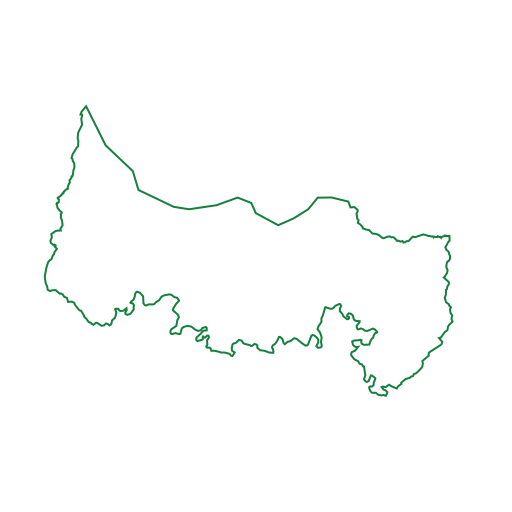 Assin North, Central, Ghana (Albers equal-area conic projection), rotated 193°
{"feature_id": "2480657B44214183650816", "entity_name": "Assin North", "entity_type": "district", "adm_level": 2, "iso_a3": "GHA", "parent_name": "Ghana", "parent_adm1": "Central", "projection": "albers", "projection_center": [-1.35, 5.826], "detail": "fine", "context": "isolated", "style": "outline", "palette": "green", "viewbox_px": 512, "rotation_deg": 193, "n_neighbors": 0, "source": "geoboundaries", "source_scale": "gbopen_adm2", "svg_char_len": 6080}
<svg xmlns="http://www.w3.org/2000/svg" viewBox="0 0 512 512"><g transform="rotate(193 256 256)"><path d="M178.3,329.8L195.6,330.0L209.0,326.7L215.6,313.3L227.9,301.0L241.3,291.0L265.8,297.7L272.5,306.6L287.0,308.8L305.9,296.6L331.7,286.5L347.2,285.4L385.4,293.9L395.1,311.0L427.4,330.0L455.2,363.7L458.4,357.5L458.8,354.4L457.4,354.7L457.0,354.0L457.1,350.4L455.0,344.8L457.0,336.2L456.3,330.6L455.1,328.6L454.0,322.9L455.1,321.2L457.6,313.6L457.8,309.9L456.7,309.3L455.9,307.4L454.1,305.6L452.9,301.8L453.2,298.3L452.6,293.9L453.1,293.0L452.9,292.2L453.6,291.9L453.6,290.0L454.8,288.0L453.9,285.5L454.7,283.7L454.9,280.6L454.4,279.1L456.1,278.1L457.4,275.6L457.8,275.5L457.7,274.3L458.4,273.7L458.1,273.3L459.4,272.1L459.3,271.3L462.3,268.1L462.0,267.4L460.8,266.8L460.3,264.1L461.0,263.1L461.8,263.1L462.1,261.6L461.3,260.9L460.3,258.3L457.1,255.8L455.2,254.9L455.0,253.9L455.7,252.8L455.0,251.4L454.9,249.6L453.0,247.0L451.4,242.6L452.7,238.4L451.9,236.9L455.7,235.9L457.0,235.1L460.4,231.3L459.1,228.3L459.7,224.6L458.9,222.6L456.0,221.2L455.0,221.7L453.6,221.3L453.5,220.4L454.1,219.8L451.6,218.2L453.2,214.5L453.2,212.4L454.0,211.1L454.6,206.9L456.0,205.5L457.1,203.4L457.6,197.8L457.2,188.4L454.9,182.4L452.5,179.1L451.3,176.2L448.7,175.5L446.6,176.9L443.5,177.7L438.8,175.1L437.6,175.6L435.7,175.1L433.6,173.0L430.8,172.7L428.8,169.0L425.2,170.1L422.6,169.5L421.7,168.0L417.6,164.6L415.7,163.3L414.1,163.3L410.0,159.1L409.6,158.0L407.4,156.9L404.2,154.0L401.7,153.7L400.9,153.0L399.0,152.4L396.9,154.9L395.9,155.1L390.6,153.3L388.4,154.3L387.0,156.5L385.4,156.5L383.1,155.4L381.7,157.0L381.7,160.9L379.7,163.7L379.3,165.6L379.4,169.5L381.2,172.3L381.2,172.9L378.2,173.6L377.2,172.3L375.7,171.9L372.9,172.9L370.4,175.9L369.8,174.2L370.7,171.5L370.1,170.2L368.2,169.7L365.4,171.3L363.1,176.4L363.8,178.8L363.8,180.6L365.4,182.1L367.6,182.0L367.9,182.4L366.9,184.3L365.5,185.8L365.0,189.2L365.3,191.4L364.8,193.5L364.0,194.4L361.0,194.2L356.9,191.3L355.0,184.5L353.3,183.2L352.0,183.0L349.5,184.8L345.7,185.6L344.4,186.2L343.0,188.6L340.4,191.1L339.1,194.7L337.3,196.6L332.2,199.0L329.8,199.2L326.4,197.6L323.3,197.5L320.9,195.2L323.3,190.9L325.0,185.3L324.7,184.4L319.3,181.5L317.3,179.1L318.2,175.8L317.9,170.0L322.0,165.6L322.5,164.0L322.2,162.2L321.4,161.2L320.4,160.9L317.1,162.8L313.3,162.6L312.2,163.2L312.0,168.8L310.5,170.6L307.2,172.4L303.1,172.7L298.6,170.5L295.6,170.0L293.1,171.2L292.1,173.7L288.9,175.6L287.8,174.8L287.3,172.4L290.0,171.6L290.9,170.8L292.4,167.8L295.3,163.6L295.7,162.3L295.1,160.5L293.9,160.0L289.5,162.4L289.1,163.1L289.7,164.9L289.5,165.7L288.1,164.9L287.2,165.2L285.7,167.4L284.9,167.7L284.3,167.6L283.5,166.1L284.7,162.6L283.5,158.8L284.1,156.5L283.1,155.7L280.4,156.3L279.6,155.8L278.2,153.6L275.4,154.3L270.0,154.4L268.6,154.0L264.7,154.9L259.7,154.7L257.7,153.2L256.5,153.2L255.1,157.2L258.1,158.4L258.9,160.8L259.0,164.6L258.0,165.9L257.2,166.0L256.0,167.0L253.8,170.3L251.0,170.4L248.9,168.4L247.6,167.8L242.1,167.8L240.6,167.2L239.6,167.5L237.8,169.9L236.0,169.9L234.7,169.4L234.1,166.9L230.9,165.1L226.3,165.6L221.5,164.9L217.4,165.6L217.4,166.5L218.5,169.2L219.6,170.0L219.9,171.4L219.3,172.9L217.9,174.3L216.3,177.8L215.4,182.3L214.4,182.6L211.7,181.2L209.5,177.4L208.1,176.5L206.0,179.4L203.4,180.8L200.2,184.5L197.7,184.4L191.5,181.3L187.5,179.8L185.8,180.6L185.4,181.6L184.1,190.8L182.9,191.8L181.2,191.6L178.6,190.3L176.5,188.5L175.9,185.9L176.9,181.7L174.8,180.5L172.6,181.4L171.9,182.1L171.7,183.2L173.4,187.1L173.7,191.5L176.4,195.9L179.5,198.4L179.5,201.0L177.4,206.6L178.2,209.8L177.4,213.6L177.1,221.4L176.6,221.8L171.8,221.3L170.1,221.7L168.9,222.6L167.5,225.3L163.8,228.1L163.0,227.9L161.8,226.4L162.4,223.8L161.9,221.1L158.9,219.0L157.3,216.9L153.0,214.9L152.0,215.2L151.3,216.3L151.5,217.3L153.6,217.8L153.8,219.0L152.6,221.0L150.6,221.1L148.2,219.8L146.7,216.7L145.6,215.7L143.6,215.3L140.3,215.8L140.2,214.8L142.2,210.8L141.8,209.2L140.6,207.5L139.8,207.5L137.5,209.0L135.4,208.8L133.1,207.7L130.5,208.1L125.7,211.6L123.7,211.2L120.8,209.2L120.9,208.6L122.3,207.8L123.2,206.0L123.6,202.6L124.5,201.5L125.4,198.4L125.7,195.2L131.0,193.7L133.3,194.3L134.1,195.8L134.2,197.7L135.2,197.9L138.4,196.5L140.9,196.0L143.1,194.4L141.6,191.4L139.7,190.0L137.3,189.8L136.1,190.4L138.2,186.0L141.0,183.9L141.3,182.2L140.8,180.6L137.0,177.5L133.0,176.5L130.7,174.3L128.3,174.2L127.0,172.6L125.9,172.6L122.6,164.2L123.1,160.3L121.4,158.7L119.8,158.2L118.1,159.4L117.2,165.5L115.9,165.5L112.3,163.9L112.1,162.6L112.8,159.2L112.4,156.4L113.7,154.8L115.4,154.7L116.1,154.0L116.1,153.0L114.2,150.1L112.1,148.8L108.6,149.7L105.6,148.3L102.3,148.4L100.5,149.3L98.1,148.9L97.3,152.1L97.5,153.0L99.4,154.2L101.7,154.5L104.1,156.5L103.1,157.3L100.1,157.4L97.5,160.5L94.5,159.5L89.1,158.6L88.3,160.9L85.6,164.0L86.0,165.1L82.5,169.8L78.6,172.0L77.9,173.2L76.0,174.4L75.7,176.4L73.8,177.6L72.2,179.7L69.1,185.1L69.2,188.7L70.3,191.1L65.3,197.7L65.9,200.2L65.6,201.0L55.9,211.0L55.3,212.1L55.1,214.2L59.2,217.2L57.5,218.2L54.9,224.4L52.8,226.7L53.0,230.5L52.2,232.5L49.7,236.3L51.4,238.6L51.4,242.2L53.7,244.3L55.0,247.9L54.5,249.9L56.4,250.9L57.3,252.4L60.4,253.7L62.7,257.8L62.3,261.1L63.3,265.8L62.5,266.7L62.7,269.1L61.8,271.9L62.2,273.9L68.2,277.3L67.4,278.3L66.0,282.6L66.1,285.2L68.1,288.1L68.5,291.1L68.3,293.4L66.8,295.0L66.4,297.0L66.9,299.8L68.3,301.3L68.5,302.5L70.0,303.9L71.9,304.9L73.5,307.0L71.6,313.4L70.8,314.5L72.1,319.2L75.0,318.2L75.5,318.1L75.7,318.6L76.8,318.4L76.9,317.8L79.2,316.5L79.7,315.3L80.6,316.2L81.4,315.6L83.3,316.2L83.9,315.1L86.4,314.9L87.1,314.1L87.5,314.8L88.4,314.8L90.2,314.4L91.4,314.7L92.5,314.2L94.1,314.6L98.0,314.6L104.9,310.3L107.7,310.0L110.7,304.9L112.8,304.2L113.8,303.0L115.3,302.3L116.6,303.5L118.6,302.5L121.1,303.0L121.8,302.4L125.5,305.0L126.6,305.2L128.2,304.6L130.0,305.2L132.3,304.3L135.7,302.0L136.9,302.0L141.1,304.1L143.9,304.5L147.6,304.1L151.8,306.8L154.5,306.5L158.2,307.0L158.8,308.3L161.9,310.4L164.2,311.2L164.1,313.9L165.8,315.2L166.8,318.3L167.6,319.5L167.0,322.6L167.3,323.7L171.1,325.8L174.9,324.6L178.3,329.8Z" fill="none" stroke="#15803d" stroke-width="2"/></g></svg>